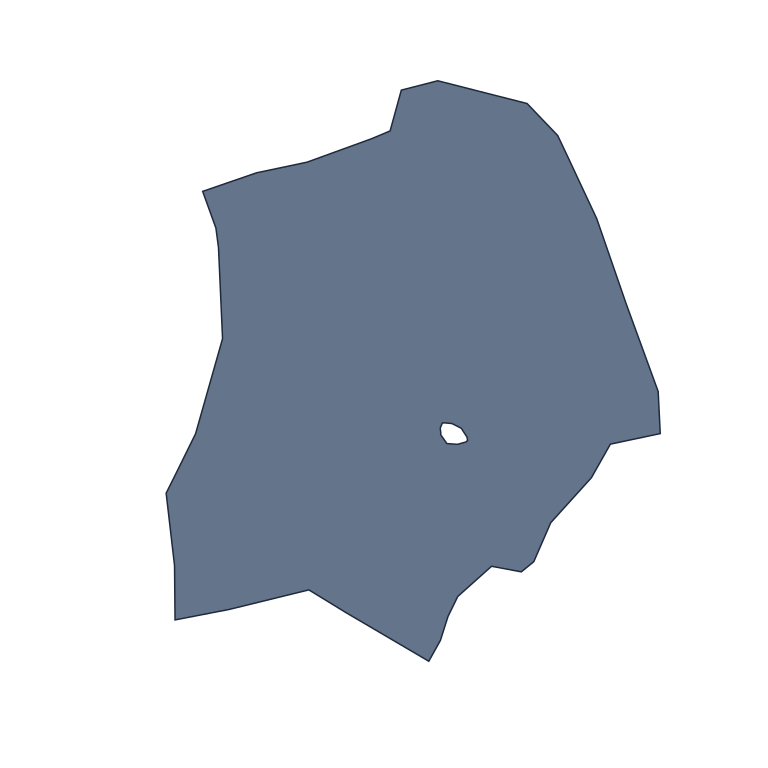 Xanxongor, Ömnögovi, Mongolia, rotated 255°
{"feature_id": "93677404B48685910961776", "entity_name": "Xanxongor", "entity_type": "district", "adm_level": 2, "iso_a3": "MNG", "parent_name": "Mongolia", "parent_adm1": "Ömnögovi", "projection": "natural_earth1", "projection_center": [104.555, 43.693], "detail": "fine", "context": "isolated", "style": "filled", "palette": "slate", "viewbox_px": 768, "rotation_deg": 255, "n_neighbors": 0, "source": "geoboundaries", "source_scale": "gbopen_adm2", "svg_char_len": 844}
<svg xmlns="http://www.w3.org/2000/svg" viewBox="0 0 768 768"><g transform="rotate(255 384 384)"><path d="M663.4,476.8L626.9,455.4L624.2,436.1L618.2,367.0L621.0,315.7L617.0,258.7L578.1,262.0L558.4,259.4L469.6,239.8L384.7,189.1L351.5,160.0L334.9,145.3L262.9,134.7L210.2,121.1L206.3,176.3L204.6,258.1L173.0,288.1L104.6,355.5L121.7,372.1L143.1,385.8L143.5,386.2L159.7,400.3L180.1,440.7L167.0,468.0L173.6,482.7L206.9,509.2L239.8,560.1L267.3,587.1L264.6,638.0L305.8,646.9L398.6,638.7L488.5,632.3L556.0,620.3L579.0,616.1L617.9,594.8L635.5,563.4L663.0,514.4L663.4,476.8ZM321.2,447.2L311.3,450.4L308.0,450.2L306.8,448.2L306.7,439.4L310.2,429.3L320.2,425.7L320.5,425.6L321.0,425.9L321.4,426.0L322.5,426.3L325.7,426.7L327.0,427.0L331.3,430.4L330.5,433.2L328.2,439.4L323.4,444.8L321.2,447.2Z" fill="#64748b" stroke="#1e293b" stroke-width="1.5"/></g></svg>